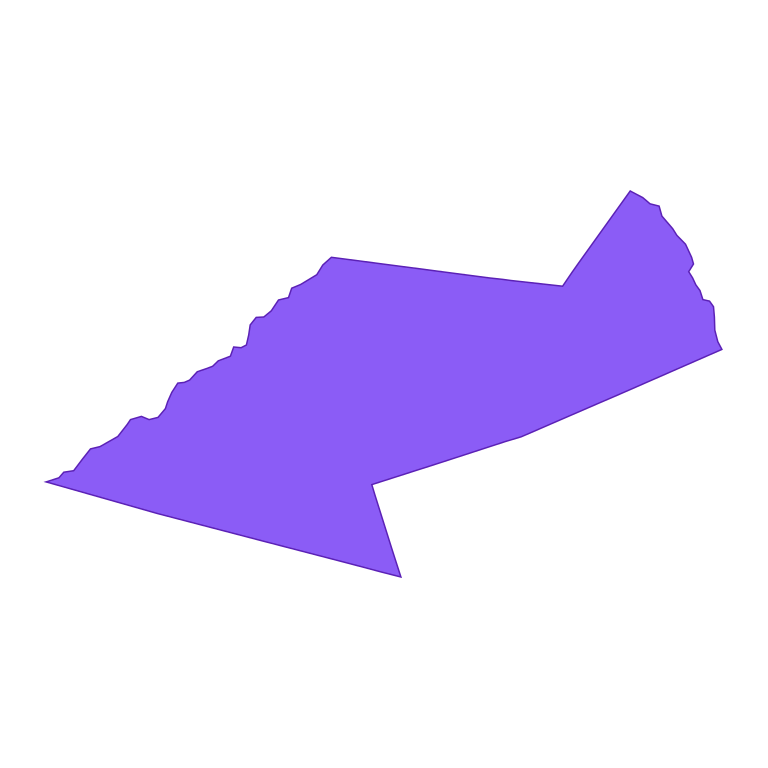 Maravilha, Alagoas, Brazil (Robinson projection)
{"feature_id": "56859067B39039377802741", "entity_name": "Maravilha", "entity_type": "district", "adm_level": 2, "iso_a3": "BRA", "parent_name": "Brazil", "parent_adm1": "Alagoas", "projection": "robinson", "projection_center": [-37.404, -9.243], "detail": "fine", "context": "isolated", "style": "filled", "palette": "violet", "viewbox_px": 768, "rotation_deg": 0, "n_neighbors": 0, "source": "geoboundaries", "source_scale": "gbopen_adm2", "svg_char_len": 1098}
<svg xmlns="http://www.w3.org/2000/svg" viewBox="0 0 768 768"><path d="M630.2,191.0L578.4,263.3L572.2,272.1L562.6,286.2L510.9,280.5L502.9,279.4L489.1,277.9L331.4,257.3L322.8,265.0L316.8,274.7L300.6,284.5L291.7,288.2L288.5,297.6L278.5,300.0L271.3,310.8L263.8,317.0L256.2,317.4L250.2,324.9L248.7,335.0L246.4,345.0L241.1,347.7L233.7,347.0L230.4,356.2L218.3,360.8L212.6,366.3L205.6,368.9L197.3,371.7L189.6,380.1L184.3,382.4L177.8,383.1L171.8,392.4L167.7,401.6L165.4,408.6L158.0,417.4L149.1,419.6L141.4,416.4L130.5,419.6L127.2,424.5L117.8,436.5L100.0,446.6L90.5,448.9L82.3,459.3L73.7,470.7L63.8,472.2L58.9,477.8L46.1,481.9L157.7,513.6L264.2,541.4L348.5,563.3L382.4,572.3L400.9,577.0L395.2,559.3L391.3,547.1L374.8,494.6L371.8,484.6L438.1,463.4L505.5,441.5L521.2,436.8L596.4,404.2L619.6,394.2L721.9,349.4L717.8,341.7L714.8,330.1L714.4,317.0L713.5,306.7L709.5,301.1L702.9,299.6L700.0,290.6L695.8,284.8L692.6,277.9L688.7,271.7L693.5,264.0L691.6,257.3L685.5,244.2L676.9,235.4L672.7,228.7L661.9,216.1L659.1,206.1L650.0,203.8L642.9,197.7L630.2,191.0Z" fill="#8b5cf6" stroke="#5b21b6" stroke-width="1.5"/></svg>